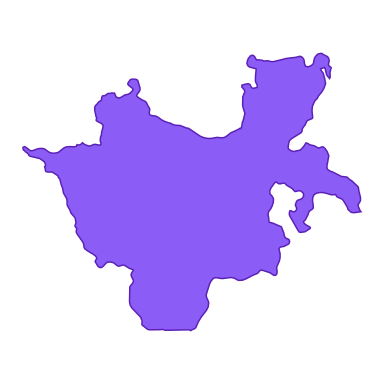 the border of Southern Nations, Nationalities and Peoples
{"feature_id": "ETH-3129", "entity_name": "Southern Nations, Nationalities and Peoples", "entity_type": "Administrative State", "adm_level": 1, "iso_a3": "ETH", "parent_name": "Ethiopia", "parent_adm1": "", "projection": "mercator", "projection_center": [36.895, 6.444], "detail": "fine", "context": "isolated", "style": "filled", "palette": "violet", "viewbox_px": 384, "rotation_deg": 0, "n_neighbors": 0, "source": "natural_earth", "source_scale": "10m", "svg_char_len": 5922}
<svg xmlns="http://www.w3.org/2000/svg" viewBox="0 0 384 384"><path d="M100.0,267.6L98.7,267.0L97.7,265.9L95.2,261.7L95.3,260.8L96.8,258.6L96.0,256.4L93.3,254.3L87.9,251.1L84.8,248.8L84.1,247.5L83.5,243.5L82.5,241.7L77.0,233.8L76.3,232.3L76.2,231.4L76.7,228.8L76.5,228.1L75.4,226.9L75.0,226.1L75.3,224.5L76.0,223.1L75.3,218.6L74.7,217.3L71.1,213.3L69.8,209.9L67.4,205.7L67.1,204.4L67.0,200.3L66.6,198.5L63.9,193.8L63.3,192.4L62.7,188.5L61.2,184.6L59.8,179.0L58.5,177.7L57.8,175.7L53.1,172.6L52.0,172.1L47.5,172.0L46.3,171.7L45.5,171.0L45.1,168.2L44.7,167.2L44.6,166.8L45.5,166.1L45.4,164.7L45.2,163.5L44.1,161.6L39.7,158.5L30.0,156.2L28.9,155.4L28.2,153.8L25.4,151.7L24.3,150.4L23.7,150.2L23.2,149.6L23.0,147.3L24.6,146.6L26.6,147.8L30.2,150.6L31.9,150.8L33.7,150.3L37.0,149.0L39.5,148.5L42.2,148.4L44.7,149.0L48.6,151.9L50.6,152.8L52.7,153.2L55.0,153.1L57.2,152.7L58.7,152.1L63.8,148.0L65.7,147.1L67.9,146.7L70.3,146.6L74.4,146.8L76.2,146.3L77.1,144.6L78.4,145.1L80.1,144.7L81.5,143.8L82.5,142.7L83.7,143.8L85.4,144.8L88.8,146.0L90.5,145.9L93.4,144.6L95.1,144.3L99.0,145.1L100.6,144.9L101.1,143.2L100.3,141.3L100.2,139.9L100.6,136.8L101.4,135.0L101.6,132.2L102.9,127.5L103.1,126.0L102.6,124.6L101.4,123.5L96.7,121.0L96.1,120.1L96.7,118.1L96.1,116.8L94.8,110.6L94.7,107.3L95.6,105.4L96.8,104.4L98.6,102.0L101.4,100.2L101.7,97.4L102.5,95.9L104.9,95.6L108.0,93.4L110.2,93.4L111.6,93.0L114.5,93.1L115.7,96.0L116.4,97.1L118.2,97.9L119.7,97.9L121.2,97.2L124.8,95.0L128.3,94.2L129.9,93.3L132.5,90.6L133.0,89.4L132.5,88.4L129.1,85.7L127.9,84.4L127.9,83.1L129.5,80.7L130.5,79.6L131.9,79.1L135.2,79.2L136.7,79.6L137.6,80.3L138.1,81.4L140.0,87.9L140.0,89.5L139.6,91.1L136.8,94.9L136.8,96.1L138.1,97.4L142.3,100.0L144.6,101.0L145.6,101.7L146.5,102.7L148.1,106.1L149.6,108.5L149.7,109.6L149.2,113.3L149.7,114.6L150.9,115.4L156.2,116.2L158.9,117.8L161.4,119.7L164.4,121.3L168.5,122.8L170.6,123.2L172.8,124.5L175.3,125.2L180.2,125.5L187.0,128.2L188.4,128.2L200.1,136.1L203.1,137.4L206.2,138.2L209.3,138.5L211.8,138.3L216.8,137.4L222.2,137.8L224.4,137.4L226.4,136.3L230.9,132.8L237.7,129.7L240.0,128.3L240.8,128.6L241.9,126.1L242.2,123.0L242.6,121.6L243.0,121.1L244.8,113.9L244.8,113.0L243.1,107.7L242.6,105.0L242.8,96.7L244.8,91.8L244.3,89.8L241.9,87.1L241.9,85.2L246.1,84.0L248.2,83.7L250.0,84.5L251.4,87.4L252.4,88.1L253.8,88.3L257.1,87.4L257.3,85.6L256.9,84.4L255.7,82.2L255.4,80.9L255.5,75.9L256.2,69.1L255.6,68.7L249.4,67.0L247.8,65.7L246.9,63.5L247.2,61.5L248.3,58.5L250.3,56.0L251.7,55.3L253.3,55.4L254.6,56.6L256.4,59.8L257.9,59.8L262.4,60.3L263.8,61.1L267.3,60.7L271.9,61.7L273.7,61.6L286.6,58.4L295.9,57.3L299.7,56.3L301.1,56.6L302.3,57.4L303.6,58.9L304.2,60.9L304.5,63.7L305.5,66.3L308.0,66.8L310.9,65.8L313.0,64.1L313.5,62.9L314.5,58.0L315.9,56.0L317.8,54.1L320.6,53.4L322.1,53.5L323.2,54.5L327.5,56.6L328.4,57.9L329.0,59.4L329.2,61.0L328.4,64.4L328.7,65.6L331.2,67.6L330.0,72.3L330.2,77.1L329.6,78.5L327.1,75.6L326.5,74.5L325.2,68.9L324.6,67.5L320.6,68.8L321.1,70.3L323.2,73.2L324.6,78.3L325.6,83.6L323.9,88.4L321.7,92.1L318.6,95.8L317.1,98.6L314.7,101.1L312.4,106.3L312.0,110.8L312.7,117.6L312.1,118.6L307.7,120.4L306.8,121.2L304.9,125.3L303.0,127.5L302.4,128.9L301.8,131.8L301.1,132.7L291.7,138.6L289.8,140.3L288.8,142.4L288.1,147.4L288.4,148.7L289.6,149.9L291.4,150.9L293.8,151.5L300.1,150.1L301.2,149.2L304.0,146.0L306.0,142.9L307.7,143.4L309.9,144.8L314.4,145.8L316.7,147.2L319.0,148.1L321.2,147.1L323.0,146.8L325.2,148.6L327.3,151.8L328.8,155.8L326.9,166.2L327.1,168.6L327.6,169.4L330.0,171.1L332.3,171.8L341.3,176.4L345.7,176.9L347.4,177.3L349.2,179.2L351.9,180.9L358.1,186.8L358.5,188.1L358.9,191.2L360.5,197.4L360.5,200.5L359.8,202.0L358.1,204.7L358.2,206.2L360.0,210.5L361.0,211.7L354.2,212.7L351.3,212.4L348.0,209.5L347.5,207.5L344.2,201.9L342.3,199.3L337.1,196.9L336.5,196.2L335.6,194.5L333.2,194.8L331.3,194.8L325.6,193.1L322.9,192.6L320.1,192.5L316.7,193.1L314.3,194.5L312.9,196.8L312.5,200.2L313.3,206.1L313.2,208.1L312.4,209.1L309.6,211.0L308.8,212.2L307.9,215.0L305.7,219.2L304.8,220.5L303.6,221.5L303.4,222.0L303.8,222.8L305.6,224.6L309.7,226.9L310.4,227.7L310.1,228.5L305.2,231.7L300.8,232.4L299.3,232.1L298.0,230.4L289.6,215.6L289.3,214.2L289.4,212.3L289.9,210.8L291.0,210.7L292.4,211.5L294.0,211.8L295.4,211.2L296.5,209.7L296.7,208.0L295.4,205.4L295.6,203.9L296.6,201.4L297.4,200.4L301.9,198.7L303.6,196.2L303.4,193.3L301.0,191.1L299.7,190.8L298.4,190.8L295.6,191.5L294.8,191.4L291.7,188.2L286.9,185.4L284.8,183.3L283.3,183.1L280.7,183.8L278.5,183.7L276.6,182.2L275.4,182.2L274.3,183.3L271.1,187.8L269.8,190.7L269.9,193.6L272.2,196.3L273.5,198.9L273.3,202.5L272.1,206.1L270.8,208.7L268.9,211.3L268.3,212.8L268.1,214.5L268.9,219.5L268.8,221.3L269.2,222.2L273.0,223.2L281.4,226.8L283.7,232.6L284.4,235.8L285.1,237.3L286.2,238.4L287.8,238.9L289.1,239.7L289.6,241.4L289.3,243.1L288.3,244.2L284.0,246.4L280.6,247.0L279.5,247.8L279.0,249.1L280.1,253.8L280.1,257.4L279.4,260.9L276.8,266.8L276.7,268.2L277.1,271.5L277.0,273.1L276.5,274.5L275.5,275.3L273.9,275.4L269.9,272.7L261.8,270.1L260.4,270.4L259.2,271.3L258.4,272.5L257.5,273.4L252.8,275.3L246.1,278.8L242.5,280.2L238.9,280.4L237.3,279.9L234.4,278.2L232.7,277.8L230.6,277.5L223.0,278.5L221.3,278.5L216.2,277.7L214.5,277.9L212.9,278.8L210.9,281.3L209.5,284.2L206.3,294.4L206.3,295.9L206.7,297.7L208.2,301.0L208.7,302.8L208.2,306.8L206.4,310.4L201.5,316.7L198.3,321.8L195.8,327.7L194.1,329.0L191.7,329.9L190.9,330.6L188.9,329.8L165.4,330.3L164.6,330.1L162.6,329.4L159.6,329.7L149.3,329.8L147.7,329.4L146.3,328.4L143.6,326.1L142.4,325.4L141.9,324.4L142.1,320.5L141.2,318.9L141.1,317.7L131.7,307.8L130.1,304.9L129.5,301.6L129.8,287.2L130.1,286.3L132.7,283.0L133.3,281.6L133.3,280.2L131.3,276.0L131.1,274.6L131.6,273.0L133.4,270.3L133.1,269.7L129.3,268.3L124.8,265.5L123.1,265.0L119.0,266.2L117.3,265.8L114.4,263.4L112.8,262.5L110.2,262.0L107.5,262.2L106.0,263.2L103.2,266.3L101.7,267.4L100.0,267.6Z" fill="#8b5cf6" stroke="#5b21b6" stroke-width="1.5"/></svg>